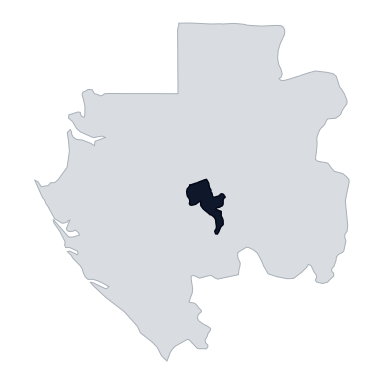 Offouè-Onoyè, Ogooué-Lolo, Gabon shown in context
{"feature_id": "22940354B26580795617541", "entity_name": "Offouè-Onoyè", "entity_type": "district", "adm_level": 2, "iso_a3": "GAB", "parent_name": "Gabon", "parent_adm1": "Ogooué-Lolo", "projection": "albers", "projection_center": [11.91, -1.081], "detail": "fine", "context": "in_parent", "style": "filled", "palette": "ink", "viewbox_px": 384, "rotation_deg": 0, "n_neighbors": 0, "source": "geoboundaries", "source_scale": "gbopen_adm2", "svg_char_len": 5875}
<svg xmlns="http://www.w3.org/2000/svg" viewBox="0 0 384 384"><path d="M284.8,30.7L284.5,34.5L280.2,43.8L278.1,50.9L277.6,58.5L278.8,64.7L280.9,69.0L282.2,73.8L281.2,77.1L279.1,78.5L280.5,80.2L283.6,80.6L289.0,79.2L297.2,76.6L308.0,73.0L315.1,71.0L326.8,72.3L333.1,73.7L336.3,76.3L339.7,87.2L341.4,88.9L344.2,93.6L346.6,99.2L347.1,102.0L346.8,104.0L344.4,107.1L341.7,111.5L340.8,114.2L338.6,116.2L335.7,118.2L327.9,118.9L326.7,120.1L324.5,124.8L320.4,128.8L318.5,132.6L316.8,137.7L317.1,144.0L316.3,153.0L315.4,159.1L317.5,161.2L326.8,162.8L328.6,164.0L331.1,167.7L334.3,171.3L342.8,173.6L346.1,176.3L348.8,179.3L349.2,181.7L347.2,191.5L345.3,200.9L346.0,208.1L346.7,215.0L347.7,224.9L347.2,231.0L344.8,234.7L344.8,237.6L345.9,241.2L343.8,250.9L342.4,252.5L338.6,254.3L336.5,256.9L335.9,261.0L333.8,266.6L331.7,268.7L331.7,271.3L333.7,273.2L333.7,276.1L329.9,279.6L327.6,282.2L322.5,283.5L316.7,282.1L315.3,280.2L316.7,277.2L316.2,274.8L314.2,272.2L311.1,265.7L308.4,264.3L306.9,267.0L302.1,271.9L293.8,278.3L287.9,278.8L277.1,276.8L268.1,273.8L263.8,266.3L261.2,260.2L257.3,253.0L253.0,249.6L248.4,247.4L246.3,247.3L239.7,251.3L237.7,252.8L237.7,256.2L238.3,259.3L239.3,260.8L240.2,262.8L240.0,265.9L238.9,270.1L238.4,274.7L217.7,279.1L214.1,277.5L211.5,275.5L208.4,275.8L199.4,278.2L196.1,276.5L192.8,275.3L191.3,276.3L191.1,278.3L192.7,289.1L192.2,293.2L190.1,298.6L189.1,302.2L194.6,303.2L196.6,304.9L198.5,307.6L201.2,310.2L201.4,311.7L198.3,314.5L197.3,318.0L198.7,320.7L202.5,323.6L208.0,326.5L210.6,328.4L210.4,330.2L207.8,334.0L206.9,337.1L205.1,340.0L205.5,342.7L207.9,345.1L207.7,347.3L206.0,349.0L202.6,348.6L199.7,348.9L197.1,348.2L189.1,339.7L187.3,339.4L175.6,346.0L172.7,348.7L170.2,352.6L167.0,361.0L161.7,356.1L157.1,347.1L151.7,341.7L140.4,332.8L137.4,326.3L124.5,311.9L105.9,297.5L92.5,285.0L90.5,282.3L92.7,282.6L105.7,288.8L107.4,288.1L108.9,286.7L103.3,283.4L98.0,280.9L93.0,279.3L88.0,279.4L85.2,276.8L83.3,272.8L82.4,269.3L80.2,265.7L73.0,258.4L71.3,255.5L67.4,251.6L69.8,251.1L77.4,254.8L78.1,253.3L77.4,251.1L69.8,247.6L65.6,247.4L64.6,244.9L65.2,242.0L59.7,231.2L54.0,223.1L53.1,219.3L68.5,236.8L70.5,237.1L73.2,237.0L79.6,235.0L78.4,232.6L75.5,230.1L72.7,231.3L69.1,231.5L67.2,230.5L66.3,228.7L69.9,220.1L68.4,220.6L67.2,222.1L65.2,222.8L62.2,223.3L54.6,218.7L47.9,206.4L46.1,203.9L44.3,199.6L42.6,197.8L34.8,180.3L37.8,181.6L41.3,186.7L48.1,185.6L50.7,182.7L53.1,182.8L55.4,182.1L58.4,179.3L67.1,167.2L69.4,151.3L68.6,141.8L67.3,132.5L70.2,129.5L71.3,131.4L71.9,134.8L73.3,137.2L76.4,139.4L82.2,140.0L91.1,143.5L94.3,145.7L95.1,141.2L105.4,137.5L102.3,136.1L93.2,137.6L80.6,132.0L76.5,128.4L72.6,121.7L68.5,118.1L68.8,114.9L77.8,112.0L80.2,112.3L81.1,115.8L83.6,117.3L84.5,116.8L84.9,113.8L84.9,105.8L82.1,94.3L83.0,92.0L85.4,91.2L87.6,89.7L89.1,89.4L92.2,89.7L93.7,92.4L94.6,93.8L97.6,94.5L100.2,95.9L102.3,95.5L104.2,93.9L106.8,93.5L115.0,93.5L122.4,93.6L137.2,93.6L152.0,93.6L166.9,93.7L178.0,93.7L178.0,87.1L177.9,77.0L177.8,65.0L177.8,53.5L177.7,42.9L177.6,30.3L178.2,26.7L178.9,25.3L178.7,23.2L190.2,23.0L210.9,24.0L220.0,23.8L222.6,24.0L233.9,23.4L243.1,24.2L247.0,25.1L250.5,25.5L261.5,26.1L275.9,25.4L280.8,25.6L283.5,27.3L284.8,30.7Z" fill="#d9dde1" stroke="#a8b0b8" stroke-width="1"/><path d="M189.8,184.9L189.8,185.1L189.7,185.8L189.6,186.3L189.2,186.6L188.8,187.0L188.8,187.4L188.6,187.8L188.1,188.0L187.6,188.4L187.2,189.0L187.2,189.6L186.9,190.4L186.7,191.4L186.8,192.9L187.2,195.3L187.4,196.1L187.9,196.9L188.5,197.6L189.0,198.3L189.4,199.1L189.6,200.1L189.8,201.2L189.8,202.0L189.6,202.6L189.4,203.0L189.4,203.3L189.5,203.9L189.8,204.6L190.1,204.9L190.6,205.1L191.2,205.2L191.9,205.2L192.7,205.0L193.5,204.8L194.3,204.6L195.1,204.4L195.6,204.3L196.2,203.9L197.3,202.9L198.0,202.6L198.4,202.2L198.9,201.7L199.5,201.7L199.8,201.5L200.1,201.4L200.6,201.4L200.6,201.8L200.7,202.5L200.7,203.3L200.7,204.3L200.8,205.3L201.1,206.0L201.6,206.7L202.3,207.5L202.6,208.0L203.0,208.6L204.5,210.0L207.0,212.0L208.6,213.3L209.9,214.6L210.5,214.8L211.1,214.9L211.8,215.1L212.2,215.5L212.7,215.9L213.3,216.4L213.9,217.0L214.6,217.7L215.1,218.7L215.6,219.8L215.8,220.7L215.8,221.5L215.9,222.3L216.0,223.6L216.1,224.3L216.3,224.9L216.4,225.6L216.4,226.4L216.4,227.7L216.3,228.4L216.0,229.0L215.8,229.4L215.5,229.9L215.3,230.2L214.9,230.8L214.8,231.3L214.9,231.7L215.1,232.3L215.3,232.8L215.4,233.3L215.5,233.7L216.1,233.9L216.8,234.0L217.4,234.0L218.5,232.2L219.1,231.0L219.4,230.1L219.8,229.2L220.1,228.3L220.7,227.2L221.3,226.3L222.2,225.5L222.9,224.9L223.1,224.5L223.2,223.7L223.1,222.4L223.1,221.2L223.0,220.2L222.8,219.4L222.6,218.8L222.3,218.1L221.8,217.2L221.5,216.6L221.2,215.9L221.2,215.5L221.2,211.5L220.9,211.3L220.4,211.0L219.9,211.0L219.3,210.8L218.8,210.5L218.3,210.3L217.8,210.0L217.0,209.8L216.4,209.7L216.1,209.4L216.0,208.8L216.2,208.3L216.8,207.9L217.3,207.6L218.0,207.4L219.1,207.4L219.8,207.1L220.3,206.7L220.8,206.3L221.4,206.2L221.9,206.0L222.2,205.8L222.7,205.0L223.1,204.1L223.1,203.5L223.1,202.3L223.1,200.7L223.2,199.6L223.5,199.0L223.8,198.5L224.2,197.9L224.7,197.7L225.1,197.2L225.0,196.7L224.8,196.3L224.5,196.1L224.1,195.7L223.9,195.1L223.8,194.8L223.5,194.4L223.0,194.2L222.3,193.9L221.7,193.9L221.1,193.9L220.7,194.1L220.4,194.4L220.0,194.9L219.3,195.5L218.3,196.3L217.3,196.4L216.7,196.5L216.2,196.7L215.7,196.9L215.2,197.1L214.5,197.3L213.9,197.2L213.4,197.0L212.9,196.6L212.5,196.1L212.3,195.4L212.2,194.4L212.1,193.9L211.8,193.0L211.3,192.5L211.0,192.1L210.9,191.5L210.9,190.7L210.9,190.0L210.7,189.5L210.4,189.1L210.1,188.6L209.7,188.3L209.6,187.8L209.5,187.2L209.3,186.6L209.1,185.9L209.0,185.2L208.9,184.4L208.7,183.3L208.2,182.3L207.7,181.4L207.3,180.7L206.8,179.9L206.4,179.4L204.7,179.8L203.4,180.3L201.7,181.0L200.5,181.4L198.5,182.2L197.4,182.7L196.2,183.2L194.9,183.4L193.8,183.9L193.0,184.1L192.2,184.4L191.5,184.7L190.7,184.8L189.8,184.9Z" fill="#0f172a" stroke="#020617" stroke-width="1.5"/></svg>